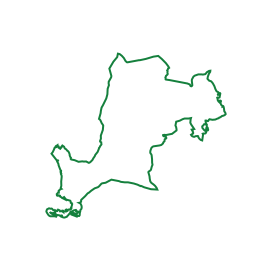 outline of Kampong Svay, Kâmpóng Thum, Cambodia, rotated 347°
{"feature_id": "14789045B4566000056462", "entity_name": "Kampong Svay", "entity_type": "district", "adm_level": 2, "iso_a3": "KHM", "parent_name": "Cambodia", "parent_adm1": "Kâmpóng Thum", "projection": "mercator", "projection_center": [104.694, 12.753], "detail": "fine", "context": "isolated", "style": "outline", "palette": "green", "viewbox_px": 256, "rotation_deg": 347, "n_neighbors": 0, "source": "geoboundaries", "source_scale": "gbopen_adm2", "svg_char_len": 5853}
<svg xmlns="http://www.w3.org/2000/svg" viewBox="0 0 256 256"><g transform="rotate(347 128 128)"><path d="M142.7,194.6L142.4,192.8L141.4,190.5L140.2,188.8L138.4,186.7L137.9,185.6L137.7,184.7L137.8,182.1L138.1,179.8L137.9,175.7L138.2,175.2L140.2,174.4L141.0,173.8L142.5,170.9L143.6,169.4L143.7,167.2L144.4,163.9L144.9,159.8L144.8,159.0L144.2,157.6L144.2,156.7L144.7,155.2L146.4,152.6L147.8,151.8L148.7,151.6L154.8,152.1L156.7,152.0L158.7,150.9L159.1,150.0L160.6,149.1L161.1,147.5L161.3,147.2L162.7,146.8L163.1,146.4L163.0,145.3L160.8,143.9L160.5,143.3L160.6,142.8L161.8,142.8L163.5,143.4L169.6,143.6L174.7,141.3L175.0,140.2L175.1,138.0L174.8,136.2L176.4,132.7L180.2,132.5L183.2,131.7L185.3,131.5L189.0,132.4L191.6,132.5L191.0,133.6L189.9,136.9L190.3,138.7L192.3,143.9L189.7,143.9L189.9,144.7L190.4,145.6L190.2,146.3L190.4,146.6L190.4,147.6L190.0,148.1L187.9,148.8L188.2,149.7L188.9,150.6L190.4,151.5L192.2,151.2L194.1,151.5L194.5,151.8L194.4,152.4L194.8,153.8L195.3,154.8L196.2,156.0L197.5,156.8L199.7,151.2L199.5,150.4L200.1,150.3L201.8,150.7L202.4,150.6L203.2,149.8L203.5,148.9L203.8,148.5L204.1,148.3L205.4,148.2L205.7,147.8L205.7,145.6L205.3,144.8L204.9,144.7L204.6,145.1L203.4,147.7L203.0,148.1L202.5,148.1L201.8,147.2L200.5,144.6L200.7,143.1L201.9,142.4L203.1,141.4L203.8,141.6L204.8,142.3L205.4,143.0L205.6,142.8L205.1,141.0L205.0,139.4L205.2,138.2L205.7,138.2L207.3,139.3L207.7,139.2L208.8,138.1L209.4,137.8L212.1,139.0L215.0,139.4L217.5,138.9L218.5,138.9L219.2,138.4L220.4,138.3L222.5,137.4L223.3,137.5L225.1,137.2L226.3,136.4L226.2,134.8L225.6,133.5L225.9,130.5L225.9,128.7L225.8,128.3L224.8,128.5L225.0,127.7L224.1,126.6L223.9,125.8L223.7,124.2L224.5,123.2L224.6,122.5L224.0,122.0L223.7,122.0L223.7,123.5L223.3,124.2L222.1,122.4L221.7,121.0L221.9,119.3L221.7,118.6L222.0,118.4L223.3,118.9L224.1,118.8L225.7,115.2L225.6,114.8L225.3,114.7L223.8,116.0L223.2,116.0L223.1,115.5L223.7,114.9L224.2,113.8L223.9,113.3L222.9,112.5L222.4,111.7L221.9,109.5L221.6,106.7L220.7,103.5L219.6,101.3L217.7,100.1L216.5,97.9L217.4,95.8L219.1,93.3L220.7,91.8L221.1,90.7L219.9,90.6L217.4,91.4L215.5,92.9L213.0,92.8L211.7,92.3L208.5,91.6L204.8,92.0L203.3,92.7L201.2,95.1L200.8,96.3L200.3,100.8L199.6,101.5L199.0,101.6L198.4,101.2L198.0,99.5L195.9,98.0L179.4,90.7L175.8,89.3L175.6,89.1L175.9,87.7L175.8,87.1L176.3,86.6L176.7,85.8L178.6,84.7L178.9,84.1L178.8,83.5L179.0,82.3L179.4,81.5L179.1,80.7L179.9,80.0L180.3,79.3L181.5,78.7L181.2,78.2L181.4,77.9L181.1,76.9L179.5,73.3L176.5,68.4L173.7,64.6L168.9,64.2L160.8,64.7L154.9,64.6L154.0,64.4L142.4,63.9L141.6,63.6L140.6,62.0L139.7,58.9L138.2,56.2L136.5,54.1L134.9,53.3L133.4,56.5L128.7,60.1L123.2,65.9L123.5,73.6L123.0,74.8L119.6,78.6L119.1,80.5L119.1,81.9L117.0,85.2L115.5,90.5L113.5,94.3L108.7,100.2L106.9,102.1L105.5,105.0L104.6,107.5L101.8,112.6L102.6,113.6L102.9,114.4L103.5,117.5L104.2,119.1L104.4,120.1L103.0,124.3L99.8,129.3L99.2,132.3L97.8,134.5L97.9,135.2L98.7,135.9L98.4,138.1L96.8,139.4L95.8,140.7L95.2,141.0L94.9,141.8L93.0,144.5L90.1,146.8L89.2,148.1L87.5,149.6L86.1,151.2L83.7,152.7L82.6,153.1L81.9,153.1L79.7,151.2L77.5,150.8L75.9,150.2L72.2,149.8L68.7,147.3L65.6,145.9L65.2,145.2L65.7,144.2L65.3,143.4L65.0,141.7L65.2,140.7L65.1,139.4L64.8,138.0L64.4,137.1L63.8,136.6L63.0,134.9L61.8,133.7L61.5,131.9L60.1,130.3L59.1,131.1L59.0,131.8L58.7,132.0L58.2,131.8L57.9,131.9L57.7,132.7L57.3,133.0L56.0,131.6L56.3,130.4L55.4,129.6L55.5,128.8L54.1,129.4L54.4,129.6L54.9,129.5L55.0,129.9L54.4,130.0L54.4,130.3L54.1,130.5L53.3,130.5L53.2,130.2L52.9,130.6L52.0,130.8L50.9,132.5L49.1,134.7L47.7,135.8L51.3,143.5L51.7,143.8L53.1,143.6L52.3,144.2L51.6,144.2L51.4,144.6L52.1,147.2L52.0,148.8L52.7,153.8L53.2,154.5L52.9,155.6L52.7,155.3L52.4,155.5L52.4,155.9L52.4,156.8L52.7,157.4L52.3,157.8L52.6,159.3L52.4,160.7L50.9,165.0L50.0,169.4L48.9,171.4L49.5,172.3L49.0,172.3L47.3,173.0L46.3,173.6L46.1,174.2L46.3,174.8L46.1,175.2L45.8,174.9L43.7,176.4L43.6,177.7L43.9,178.1L45.0,177.9L46.3,178.5L47.0,179.2L45.3,178.7L46.4,179.5L47.6,180.6L47.8,181.1L50.1,183.0L49.5,181.2L50.2,180.9L51.3,183.3L52.0,184.0L55.3,185.8L55.6,186.5L55.4,188.0L56.3,188.7L56.1,189.0L56.5,189.6L55.5,191.6L54.7,192.6L55.0,192.9L54.7,193.8L54.1,194.3L53.5,194.0L53.2,194.1L52.9,194.5L51.9,194.1L50.5,194.7L50.4,195.1L50.0,195.2L50.2,194.4L50.1,193.9L49.9,193.6L49.3,193.6L49.0,193.7L49.1,194.1L48.8,194.9L48.1,195.3L47.1,194.8L46.2,194.0L45.9,193.9L45.9,195.3L44.8,194.1L43.0,193.9L42.9,192.9L41.7,192.0L41.6,192.3L41.1,192.2L41.0,192.5L40.3,192.6L40.2,193.0L39.9,193.0L38.7,191.9L38.3,193.1L37.9,191.9L36.5,190.9L35.8,189.6L35.4,189.3L34.3,189.2L33.0,188.5L30.9,189.0L30.2,189.9L29.7,190.9L29.8,191.9L30.8,194.7L31.6,195.9L32.4,196.5L36.6,197.5L38.8,198.6L37.2,196.6L33.8,193.9L33.3,193.0L33.5,192.9L37.2,195.5L36.9,194.1L37.2,194.2L38.9,196.6L41.4,197.6L43.0,199.4L43.4,199.2L43.6,198.3L43.9,198.4L44.0,198.6L43.8,199.2L44.2,200.2L45.3,200.8L46.1,201.0L48.5,200.7L49.4,199.9L50.1,199.6L51.5,198.4L52.4,198.1L52.7,197.1L53.1,196.8L54.9,196.7L56.5,196.1L58.8,196.1L58.9,196.3L58.6,196.7L58.6,197.0L59.0,197.0L59.0,197.3L59.4,197.7L60.6,198.2L60.9,198.5L60.9,198.8L59.7,198.8L59.6,199.2L59.4,199.1L58.8,200.1L58.6,200.8L58.4,200.5L58.0,200.6L58.1,199.8L57.4,199.4L56.6,199.0L56.4,199.4L57.4,202.1L57.7,202.4L59.7,202.5L60.7,202.7L61.3,202.1L62.0,199.8L62.7,198.6L63.0,197.4L64.5,196.2L65.1,194.7L65.2,193.1L64.7,190.9L63.5,189.9L64.5,189.9L65.7,189.3L66.1,187.7L66.4,187.4L70.9,184.8L74.0,182.6L75.4,182.2L78.1,180.8L81.9,179.3L85.4,178.9L86.7,178.3L89.4,176.4L90.3,176.1L93.9,176.3L100.2,174.6L107.2,177.7L109.0,178.9L112.6,180.2L115.7,180.9L121.2,183.4L124.6,185.4L127.1,187.4L127.5,187.3L128.2,187.7L130.4,189.4L136.6,192.8L142.7,194.6ZM55.3,198.4L55.3,198.0L55.0,197.8L54.0,197.9L53.9,198.0L54.3,198.6L53.4,199.1L53.4,199.6L57.0,202.0L56.6,200.8L55.6,198.9L55.4,198.7L54.9,198.7L55.3,198.4Z" fill="none" stroke="#15803d" stroke-width="2"/></g></svg>